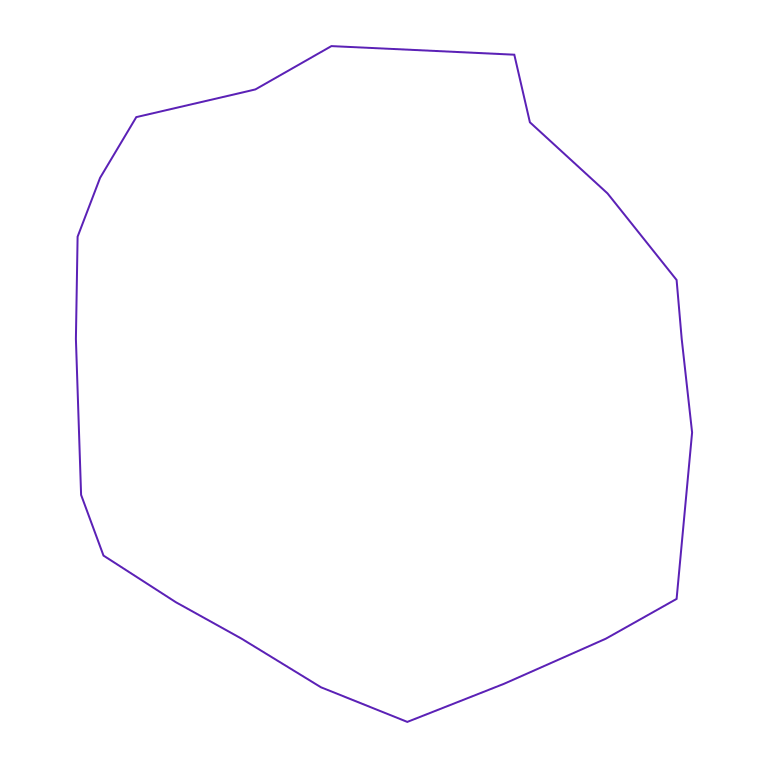 outline of Khankendi City, Stepanakert, Azerbaijan
{"feature_id": "54616110B15657888815271", "entity_name": "Khankendi City", "entity_type": "district", "adm_level": 2, "iso_a3": "AZE", "parent_name": "Azerbaijan", "parent_adm1": "Stepanakert", "projection": "mercator", "projection_center": [46.797, 39.842], "detail": "fine", "context": "isolated", "style": "outline", "palette": "violet", "viewbox_px": 768, "rotation_deg": 0, "n_neighbors": 0, "source": "geoboundaries", "source_scale": "gbopen_adm2", "svg_char_len": 420}
<svg xmlns="http://www.w3.org/2000/svg" viewBox="0 0 768 768"><path d="M630.5,222.2L607.5,193.4L529.9,122.3L514.3,54.7L331.4,46.1L255.4,89.4L248.3,91.1L136.3,117.1L100.1,177.8L77.6,236.7L75.9,338.9L81.1,494.9L103.5,555.6L176.0,602.3L241.6,638.7L247.3,642.2L321.0,687.3L407.3,721.9L504.0,683.8L605.8,638.7L676.6,598.9L692.1,432.5L681.7,338.9L676.6,280.0L630.5,222.2Z" fill="none" stroke="#5b21b6" stroke-width="2"/></svg>